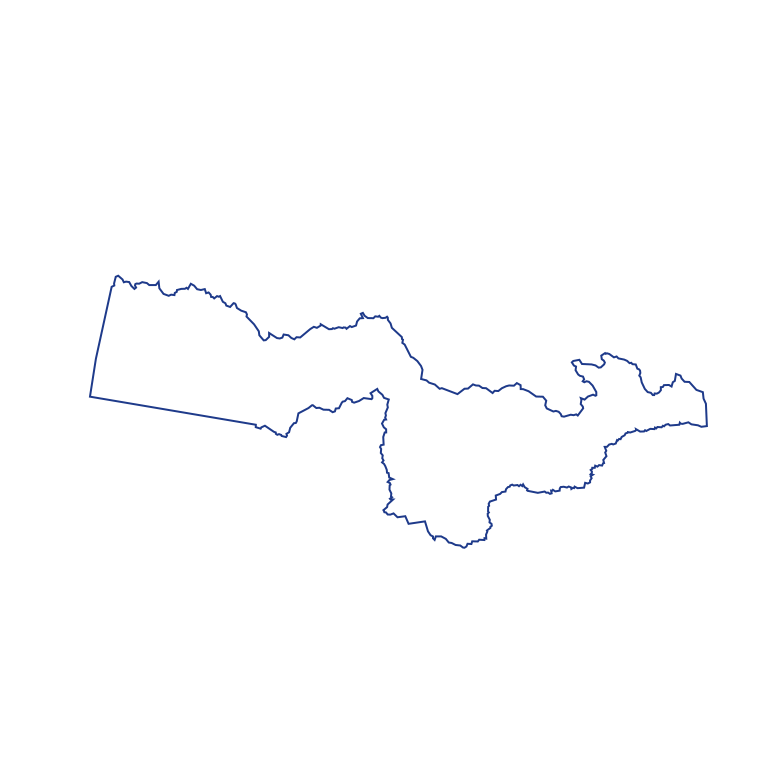 the district of Chitipa, Chitipa, Malawi, rotated 130°
{"feature_id": "42251766B85605316960959", "entity_name": "Chitipa", "entity_type": "district", "adm_level": 2, "iso_a3": "MWI", "parent_name": "Malawi", "parent_adm1": "Chitipa", "projection": "natural_earth1", "projection_center": [33.265, -9.968], "detail": "fine", "context": "isolated", "style": "outline", "palette": "blue", "viewbox_px": 768, "rotation_deg": 130, "n_neighbors": 0, "source": "geoboundaries", "source_scale": "gbopen_adm2", "svg_char_len": 6166}
<svg xmlns="http://www.w3.org/2000/svg" viewBox="0 0 768 768"><g transform="rotate(130 384 384)"><path d="M457.7,217.1L455.5,216.4L452.7,217.3L450.4,214.2L447.8,215.3L444.3,210.9L442.1,211.0L439.0,206.8L437.5,207.9L436.7,206.3L433.8,209.0L430.6,210.0L430.1,211.0L425.9,210.0L425.0,210.7L423.3,210.3L422.0,211.8L422.2,214.2L420.0,215.7L418.4,219.6L416.7,221.2L415.0,221.1L414.8,222.3L411.1,225.3L409.7,225.2L408.5,226.8L406.0,227.3L400.5,223.9L397.6,226.7L393.6,224.4L391.0,224.2L388.3,221.8L386.2,222.9L383.3,222.8L381.9,221.7L380.5,222.1L378.7,221.1L378.4,219.4L375.6,216.8L375.5,214.9L373.4,214.6L373.3,212.5L371.5,212.9L372.6,209.9L372.1,206.6L373.5,206.1L373.5,205.3L368.5,196.2L363.1,191.8L363.0,189.8L361.7,188.5L361.5,186.3L360.0,185.3L358.2,187.5L357.5,186.5L356.5,186.6L356.2,183.8L352.8,180.9L351.0,182.2L349.4,182.4L347.2,180.3L345.7,177.3L343.8,176.6L343.0,174.3L344.0,173.0L342.1,172.5L341.6,171.5L340.1,172.0L339.4,168.8L334.8,164.1L330.4,166.4L329.2,163.9L326.9,162.9L325.5,164.1L322.7,164.4L321.8,166.5L319.3,165.7L320.2,167.7L318.6,167.6L317.4,168.5L317.0,170.4L315.1,169.9L314.3,170.6L312.7,168.7L310.8,169.7L310.1,167.4L307.9,167.1L306.3,164.5L303.9,165.2L303.1,164.6L301.2,167.2L296.3,167.2L294.3,170.5L292.3,170.8L290.3,174.5L288.8,172.8L285.6,172.6L283.4,171.0L283.0,169.6L280.6,168.2L277.2,169.4L277.1,168.6L275.0,168.6L274.2,167.3L271.8,167.9L268.6,166.7L266.6,167.2L264.7,166.0L264.1,166.3L262.9,164.2L258.6,161.5L257.1,161.2L256.6,161.9L255.8,157.2L253.2,154.3L251.6,154.3L251.4,152.9L247.2,151.2L244.7,147.8L243.2,148.4L243.0,146.9L241.2,146.9L238.7,143.5L236.7,143.5L236.4,142.3L234.2,142.1L232.0,140.5L231.9,138.2L225.4,131.6L223.5,132.5L223.7,131.3L222.6,129.6L217.7,126.2L217.3,122.6L213.8,116.9L212.8,113.4L208.7,109.6L192.2,124.7L189.8,129.8L185.3,134.5L187.7,140.9L186.2,151.4L189.1,155.2L188.5,159.5L187.0,162.3L188.6,166.8L194.7,163.2L197.0,163.9L201.1,162.1L201.6,165.1L204.9,168.8L207.1,168.5L208.5,169.9L210.8,167.9L213.8,167.9L216.0,168.8L217.3,170.6L218.8,169.9L219.7,171.0L219.2,173.9L220.7,176.8L220.1,181.1L217.1,187.6L213.9,191.7L213.5,193.8L210.8,194.7L209.2,196.4L208.8,197.9L209.4,199.8L207.2,203.7L209.1,206.4L208.8,208.2L210.2,209.3L210.0,212.6L210.9,215.7L213.7,220.9L213.4,223.5L215.8,225.0L216.2,230.7L217.2,233.0L218.3,233.5L218.2,234.5L222.6,235.8L225.0,233.1L224.8,230.7L225.6,228.6L227.4,228.0L231.9,228.6L233.5,230.1L233.8,233.9L235.6,237.6L241.4,245.2L239.9,249.9L244.7,253.8L246.7,254.0L247.8,250.4L247.2,248.1L250.3,246.1L251.9,241.4L251.8,239.2L250.4,236.3L251.8,233.7L254.2,233.5L253.9,231.7L251.7,230.6L250.6,228.4L251.1,223.2L253.7,216.2L256.2,214.1L257.1,214.5L257.8,217.0L262.5,219.7L267.0,220.3L268.3,224.1L269.2,222.6L272.9,220.4L273.5,217.2L274.6,215.8L283.6,215.3L283.7,217.2L286.0,218.7L287.5,221.2L293.3,225.1L294.5,227.2L293.4,229.3L293.0,232.3L294.1,235.0L296.2,236.6L298.1,243.6L296.7,246.8L292.5,249.0L291.6,254.1L295.8,259.4L296.6,268.6L298.5,274.1L300.0,276.0L297.1,278.6L297.9,282.8L301.8,283.4L304.7,287.2L307.2,289.0L311.5,291.0L315.9,291.9L318.1,294.9L321.1,295.0L321.6,303.1L323.8,306.0L324.2,310.2L326.1,312.7L327.1,315.6L333.5,316.7L335.9,319.3L344.5,321.2L350.0,337.0L351.9,338.3L351.7,344.7L354.0,350.3L353.9,353.7L356.3,358.8L348.4,363.6L346.4,367.2L345.0,373.2L345.1,378.4L345.9,380.9L340.5,393.5L340.7,396.4L337.9,397.9L338.0,399.1L336.6,400.5L335.9,414.1L333.4,417.9L332.4,422.2L330.7,423.8L330.5,424.9L332.3,425.4L334.6,427.6L335.2,429.2L334.8,431.4L336.2,431.7L337.8,434.2L340.4,434.4L343.9,438.8L344.2,442.7L343.1,445.9L345.1,446.9L347.1,442.5L349.3,444.8L353.4,444.8L357.2,443.0L361.1,445.3L361.5,447.3L365.8,448.2L365.5,449.7L366.7,451.4L367.7,451.6L369.6,455.2L373.5,457.5L374.1,459.0L375.4,459.2L377.4,461.4L378.9,470.9L380.0,470.1L384.1,471.5L385.3,474.5L389.3,475.8L402.2,478.1L404.4,481.1L407.4,481.4L408.3,484.6L408.1,488.5L410.6,492.7L413.8,491.7L416.1,493.1L417.6,495.5L418.8,504.8L421.7,502.3L426.4,502.8L427.9,504.2L426.8,510.8L424.1,513.8L421.8,521.9L420.7,532.7L418.8,533.7L417.8,535.9L419.6,540.5L420.3,545.5L418.3,548.9L418.2,550.1L418.8,551.2L423.9,551.4L425.3,555.2L424.1,557.4L424.6,560.3L422.0,566.1L423.3,566.6L424.0,568.4L427.6,569.1L427.4,571.2L428.4,572.4L427.0,574.2L426.6,577.2L428.8,578.6L426.5,582.3L429.7,584.7L431.5,588.1L430.7,592.6L431.4,596.4L437.2,595.3L437.2,597.1L439.0,597.7L441.4,600.4L445.1,603.0L446.6,602.0L448.7,602.8L450.6,601.7L452.4,604.5L454.8,605.6L456.7,610.8L455.1,617.6L450.5,622.4L454.9,622.4L459.1,627.4L459.1,630.5L461.4,634.7L464.5,636.0L466.2,638.2L467.3,638.7L468.6,638.1L469.5,635.9L471.6,636.3L471.3,640.5L469.7,644.7L471.4,647.4L473.3,648.7L472.0,651.5L471.9,657.2L474.3,658.4L480.5,655.4L481.9,653.9L484.6,655.1L549.9,620.9L582.7,601.1L497.6,456.0L499.5,454.5L497.5,449.8L496.1,450.1L492.5,448.4L491.4,437.6L490.7,435.8L491.7,434.8L491.5,433.1L489.9,432.2L489.1,430.0L489.6,429.0L487.6,424.9L485.9,425.1L484.9,426.7L482.0,425.7L477.8,427.7L471.9,427.8L470.6,426.5L468.8,426.8L461.5,430.7L451.0,426.4L446.6,425.5L446.0,424.9L445.9,420.4L443.7,418.2L442.6,413.9L439.1,409.5L438.6,405.2L436.5,404.0L433.8,405.2L431.5,402.9L425.6,404.3L424.1,404.3L422.2,402.9L418.4,402.9L417.0,398.4L418.2,396.9L417.5,394.9L413.1,392.2L407.8,390.5L403.6,383.8L402.4,383.8L400.6,385.3L399.7,388.4L392.1,386.0L393.3,383.5L393.3,378.3L394.6,375.1L392.8,370.4L397.7,368.2L399.5,366.0L405.4,364.2L406.9,362.3L409.0,361.5L409.9,359.6L411.3,360.9L415.6,360.1L417.3,356.3L417.3,353.3L419.7,351.2L420.7,352.3L425.1,350.5L430.7,345.3L432.8,347.0L434.9,346.5L435.6,344.4L438.9,342.1L439.5,339.1L442.0,337.6L442.9,335.2L445.3,335.1L445.2,332.6L446.1,330.2L448.0,326.7L450.0,324.7L449.3,323.2L452.3,319.9L451.2,316.1L454.0,318.1L456.7,318.2L456.1,315.7L456.9,314.3L458.0,314.5L461.4,311.9L463.1,308.1L465.7,306.3L465.6,305.1L468.1,305.7L468.2,304.9L466.6,302.8L474.0,303.8L476.3,302.5L481.8,303.5L480.9,302.9L482.0,301.3L481.1,299.9L481.6,297.3L480.0,295.2L477.0,293.5L477.4,288.0L471.6,282.7L475.3,275.3L462.9,264.3L468.6,255.6L469.9,251.1L469.3,248.4L470.7,247.3L470.9,245.0L467.4,246.3L464.0,242.3L462.9,237.1L463.8,232.5L462.3,230.0L461.3,225.7L458.7,221.8L458.5,218.4L457.7,217.1Z" fill="none" stroke="#1e3a8a" stroke-width="2"/></g></svg>